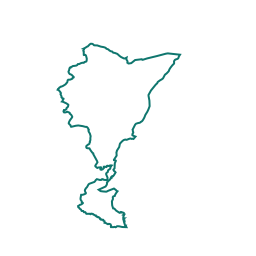 outline of Lampung Barat, Lampung, Indonesia, rotated 249°
{"feature_id": "22746128B74428971192525", "entity_name": "Lampung Barat", "entity_type": "district", "adm_level": 2, "iso_a3": "IDN", "parent_name": "Indonesia", "parent_adm1": "Lampung", "projection": "equal_earth", "projection_center": [104.16, -5.077], "detail": "fine", "context": "isolated", "style": "outline", "palette": "teal", "viewbox_px": 256, "rotation_deg": 249, "n_neighbors": 0, "source": "geoboundaries", "source_scale": "gbopen_adm2", "svg_char_len": 5585}
<svg xmlns="http://www.w3.org/2000/svg" viewBox="0 0 256 256"><g transform="rotate(249 128 128)"><path d="M91.4,80.6L90.9,79.2L90.3,78.5L89.7,77.3L89.8,71.8L89.4,70.8L87.6,68.7L86.6,66.7L86.1,66.3L85.7,65.7L85.0,65.3L83.3,65.2L82.4,65.4L82.0,65.1L81.8,63.8L81.9,61.6L82.4,60.3L79.4,58.5L78.6,58.2L78.0,58.1L76.2,58.5L75.7,58.5L75.3,58.2L75.0,58.3L74.5,58.9L74.1,59.0L73.9,58.8L73.5,57.4L73.4,56.4L73.5,55.4L73.2,54.7L73.0,53.4L71.8,53.2L70.7,53.9L69.9,54.0L68.7,54.9L67.2,55.0L66.5,56.5L65.2,56.7L64.7,58.0L62.8,58.4L61.7,61.4L61.1,61.9L61.3,62.3L61.0,62.7L61.1,63.2L61.0,63.5L60.0,64.7L59.5,64.7L58.8,65.6L57.9,66.1L57.8,66.5L57.5,66.4L56.7,66.8L56.7,67.2L55.7,67.6L55.6,68.2L55.3,68.7L54.7,68.8L54.2,69.3L53.9,69.3L53.6,69.6L53.0,69.6L52.8,69.4L52.3,69.7L52.3,70.3L51.7,70.6L51.4,71.7L51.1,72.0L50.3,71.8L49.3,72.7L47.9,72.1L47.5,73.0L45.5,74.6L45.3,75.2L45.4,75.8L44.9,76.6L44.2,77.2L42.8,77.2L42.3,76.7L41.6,76.6L40.7,78.7L40.5,80.1L39.8,80.8L39.8,81.4L40.2,82.4L40.0,83.2L39.4,84.5L37.6,87.2L36.0,91.0L37.3,90.9L37.5,90.5L37.8,90.9L37.9,90.7L38.4,90.4L39.0,90.4L40.3,90.6L40.5,90.5L40.9,90.7L41.2,90.6L41.4,90.8L41.6,90.6L41.9,90.7L42.0,91.0L42.3,90.8L42.7,91.2L42.8,90.9L43.2,90.8L43.4,91.0L44.1,91.0L44.3,91.4L44.6,91.2L44.8,91.7L44.9,91.2L45.8,91.3L46.0,91.8L46.4,92.0L47.1,92.0L47.7,92.4L48.0,93.0L48.4,93.0L48.6,92.7L48.9,93.7L49.4,93.3L50.3,93.6L51.4,92.3L51.4,91.8L52.0,91.6L52.2,91.2L52.1,90.6L51.7,90.0L52.0,89.6L55.2,87.3L56.9,86.7L58.0,86.0L58.3,85.3L61.5,85.5L65.3,86.7L67.1,88.5L68.9,89.0L69.4,89.7L69.4,90.3L69.3,91.3L70.0,91.8L71.0,92.9L71.8,94.0L72.7,95.5L73.3,94.9L74.6,94.4L76.5,93.2L76.5,87.1L76.3,85.3L76.4,84.7L77.9,81.6L78.9,79.8L80.9,78.5L81.4,86.1L82.7,87.9L84.4,88.9L84.8,88.9L85.1,89.9L85.6,90.7L86.2,92.4L87.0,93.6L87.3,94.7L87.8,94.3L88.3,94.8L88.7,95.9L88.7,96.3L88.4,96.8L88.8,97.6L89.5,98.6L91.0,100.5L92.2,100.1L92.8,99.6L94.1,99.4L94.4,99.5L94.8,100.4L95.2,101.0L99.9,103.1L101.7,104.9L102.1,104.8L102.5,104.3L103.0,103.4L103.4,103.5L106.3,107.5L109.5,108.5L109.9,109.0L110.8,109.5L113.4,113.0L115.9,114.6L116.4,115.1L117.5,117.3L118.1,118.9L118.3,119.8L118.2,121.3L117.6,122.1L117.4,123.4L117.5,124.2L117.4,126.3L117.1,126.8L116.5,127.5L116.4,128.3L115.8,129.2L117.3,131.9L118.7,130.3L119.6,129.6L119.9,129.9L120.5,129.8L121.3,130.5L121.5,131.0L122.1,131.4L123.4,131.4L124.5,131.8L124.8,131.7L128.6,135.9L129.3,137.5L129.9,137.5L129.4,137.6L129.2,137.9L129.0,138.6L129.0,139.3L128.7,140.7L128.8,141.5L129.1,142.1L129.1,142.6L129.4,143.7L130.3,145.1L132.0,147.1L134.0,148.9L136.2,151.8L137.9,153.6L140.6,156.0L145.9,157.8L150.7,158.7L151.5,159.0L154.8,162.9L158.6,169.5L159.3,171.3L160.1,172.0L160.4,172.6L161.1,175.3L161.3,176.9L161.8,178.5L164.2,181.2L164.6,181.8L165.1,183.6L166.4,186.3L167.9,187.7L169.1,189.3L170.6,191.8L171.6,194.0L172.0,194.3L173.6,194.8L174.0,195.1L174.7,196.1L174.9,196.9L174.8,198.8L175.0,199.8L176.6,201.2L177.8,202.8L183.4,191.9L183.8,190.0L184.8,180.8L186.1,170.8L186.4,166.1L187.0,165.4L187.3,165.4L188.9,159.0L187.4,154.3L187.9,151.9L188.4,151.1L188.2,150.5L188.5,150.9L189.2,150.8L189.8,151.3L191.1,151.4L192.2,151.1L193.1,151.2L194.2,151.9L194.0,150.1L194.2,149.5L194.5,149.0L196.7,147.0L198.2,146.0L201.0,144.6L202.8,142.6L203.6,141.2L205.1,140.6L205.6,139.7L206.9,138.5L208.4,137.8L209.8,136.2L210.8,135.9L211.2,135.5L212.2,134.3L213.7,131.8L216.1,128.9L217.2,126.3L217.5,125.9L218.5,125.5L219.3,124.9L220.0,123.5L219.8,122.3L218.6,119.7L218.6,118.7L218.2,117.0L218.0,114.9L217.7,115.3L217.2,115.2L216.1,113.9L214.9,114.1L214.0,113.5L212.9,113.3L212.2,112.9L211.9,113.0L211.6,114.3L211.1,114.6L210.4,114.7L207.6,114.4L206.2,113.8L205.1,113.0L205.0,112.3L205.2,111.0L204.7,110.1L205.3,108.7L205.4,106.9L205.2,105.6L205.6,104.0L205.0,103.2L204.8,102.3L205.1,100.6L205.6,98.8L205.3,97.4L205.4,96.7L204.9,96.1L205.2,95.3L204.2,94.4L203.0,93.7L202.1,92.7L200.9,92.5L199.3,92.9L197.9,94.4L195.3,95.5L195.0,95.6L194.7,95.4L194.6,95.2L194.6,94.2L194.0,93.7L193.9,92.8L193.9,91.3L194.5,89.5L194.1,88.7L192.9,88.0L192.3,87.5L191.8,86.3L191.2,85.5L190.6,82.6L190.5,80.6L190.7,80.2L190.4,79.0L190.3,78.4L189.7,77.4L189.5,76.6L188.9,76.0L188.3,76.8L185.9,77.7L185.4,77.6L184.6,77.9L183.8,77.1L181.3,77.3L180.6,76.9L179.5,77.3L178.5,78.3L178.1,78.1L177.6,77.1L176.8,76.9L176.3,75.9L175.9,76.5L175.0,77.5L174.7,77.7L173.2,79.2L171.2,80.6L170.6,80.4L169.4,79.6L168.7,77.9L167.9,77.4L167.6,76.9L167.4,75.5L167.7,74.7L167.3,74.5L167.0,74.0L166.8,74.0L166.4,73.7L165.9,74.0L165.5,73.9L165.4,74.0L164.9,75.5L165.0,77.0L163.7,78.5L163.0,79.0L162.3,78.8L160.7,79.7L158.7,80.0L158.3,79.9L157.9,79.5L156.0,76.5L154.4,74.8L153.8,74.5L153.4,74.3L151.1,75.3L149.7,75.2L149.4,75.7L148.8,80.1L148.2,82.5L145.9,86.5L144.3,88.7L143.8,89.9L141.9,90.7L140.9,90.5L140.5,90.8L140.2,90.7L139.8,90.2L138.8,90.0L136.5,90.4L133.8,90.2L132.0,89.2L130.3,88.6L128.9,87.4L128.5,87.5L127.8,86.7L127.1,86.3L126.8,85.2L126.8,84.6L126.1,82.7L125.5,82.3L124.7,82.1L124.1,82.3L123.6,83.0L122.8,84.7L120.4,85.1L117.6,85.9L117.3,86.2L116.7,86.5L116.1,86.2L108.0,87.3L106.9,87.2L104.6,84.0L103.9,83.8L102.1,84.7L101.7,85.1L101.8,85.4L101.6,86.9L101.3,87.6L101.1,88.6L100.6,88.8L100.1,87.6L99.2,87.4L98.6,88.0L98.5,89.5L99.4,91.4L100.5,91.6L100.4,92.1L99.3,93.8L99.5,94.3L100.1,94.6L100.2,95.0L100.0,95.6L99.5,96.1L99.4,96.8L99.2,97.2L99.5,97.7L99.4,98.2L99.1,99.0L98.9,99.3L98.7,98.8L98.3,98.5L98.3,98.3L97.6,97.5L96.9,97.2L96.5,96.8L96.1,96.2L95.9,94.8L95.4,94.1L94.2,93.4L93.8,92.0L93.3,91.3L92.5,91.0L88.9,91.1L87.3,90.3L87.1,89.3L88.2,87.0L89.2,86.2L89.5,85.6L89.5,85.0L89.1,84.7L89.5,83.2L91.4,80.6Z" fill="none" stroke="#0f766e" stroke-width="2"/></g></svg>